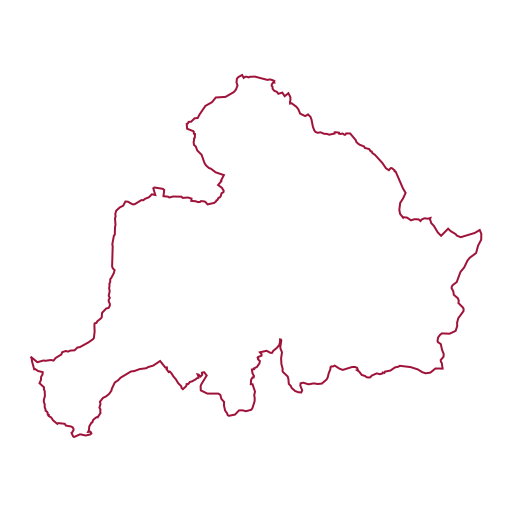 Buciumi, Salaj, Romania (Mercator projection)
{"feature_id": "2599482B81271607530384", "entity_name": "Buciumi", "entity_type": "district", "adm_level": 2, "iso_a3": "ROU", "parent_name": "Romania", "parent_adm1": "Salaj", "projection": "mercator", "projection_center": [23.014, 47.038], "detail": "fine", "context": "isolated", "style": "outline", "palette": "rose", "viewbox_px": 512, "rotation_deg": 0, "n_neighbors": 0, "source": "geoboundaries", "source_scale": "gbopen_adm2", "svg_char_len": 6016}
<svg xmlns="http://www.w3.org/2000/svg" viewBox="0 0 512 512"><path d="M442.6,368.6L441.8,363.1L440.9,361.7L440.7,360.0L443.5,356.8L443.7,354.0L442.0,349.7L440.8,344.1L437.9,342.1L437.5,340.8L438.1,337.5L439.8,335.1L441.9,333.4L449.6,333.7L455.6,330.9L457.2,326.1L457.1,322.6L458.3,318.2L463.5,311.1L463.6,308.9L463.0,307.6L458.4,303.0L458.8,300.9L457.9,298.3L453.8,294.8L453.3,291.3L451.6,288.2L451.7,286.8L452.6,285.2L456.7,282.1L460.5,271.9L464.2,267.4L467.5,260.5L469.8,257.7L476.1,253.0L478.1,245.6L481.2,239.7L481.3,233.9L479.7,230.0L474.9,232.9L460.7,237.2L457.0,235.7L455.5,234.0L450.9,231.3L448.1,228.7L441.1,235.8L437.6,232.2L433.9,225.9L431.3,223.2L430.0,219.3L430.4,218.0L428.0,218.7L424.4,218.3L421.5,219.6L420.5,221.0L418.6,219.4L414.5,219.2L411.0,220.3L407.0,217.6L403.4,217.2L403.1,217.7L400.1,213.9L399.3,209.9L400.2,202.9L403.1,198.4L405.6,192.9L402.9,188.3L395.8,171.9L394.6,171.3L394.7,170.5L393.3,169.3L391.7,168.1L390.7,168.1L388.9,170.2L386.0,168.3L382.3,162.9L374.9,154.8L372.4,153.1L371.7,151.5L370.6,151.3L369.2,149.1L364.8,147.9L364.1,146.5L359.6,144.7L357.9,143.5L356.2,141.7L355.8,140.2L350.2,133.5L346.2,133.4L345.3,134.7L344.5,134.8L342.5,133.5L340.6,134.0L339.0,133.6L339.0,132.7L335.6,132.2L334.7,132.3L334.6,133.5L329.2,134.7L326.9,133.9L324.2,133.8L320.5,132.3L317.8,132.8L315.5,132.0L314.3,130.4L312.9,126.8L311.5,119.6L310.5,116.9L308.0,114.4L305.2,116.1L300.1,113.6L298.3,109.2L296.3,106.7L291.5,103.2L290.1,103.6L289.9,102.2L290.4,100.2L290.4,97.2L288.4,93.2L284.7,96.2L282.3,92.6L278.3,93.8L276.9,91.9L274.0,90.6L272.6,88.7L272.5,86.7L271.6,85.7L271.8,84.5L272.8,82.8L274.2,82.6L273.7,81.9L274.3,81.0L273.2,80.4L270.1,79.4L267.4,79.9L254.8,76.6L249.7,76.8L248.8,77.4L246.5,76.7L245.2,76.8L243.7,77.9L242.1,75.0L238.3,77.1L236.9,78.8L236.5,82.4L237.5,85.5L236.0,89.5L233.8,92.1L225.5,96.9L215.8,97.5L212.0,102.2L205.4,105.9L199.6,114.4L197.7,118.0L194.6,118.3L191.1,121.7L188.6,121.9L187.9,123.4L186.7,123.9L187.1,128.7L193.3,131.2L193.8,131.8L193.9,133.7L195.0,134.0L194.8,137.7L194.0,138.5L194.1,140.3L193.6,142.0L194.0,144.9L195.8,146.5L197.2,150.4L201.6,154.8L204.4,162.8L205.9,165.3L208.9,168.0L210.9,168.7L215.6,172.3L223.9,175.1L221.0,180.6L221.4,181.1L218.1,185.0L221.9,187.8L223.7,190.8L223.4,192.2L221.5,193.3L220.8,196.0L219.7,197.5L218.6,197.8L217.4,200.0L216.4,200.4L216.0,201.5L214.2,202.9L207.6,204.4L205.3,201.8L204.1,201.4L201.0,201.1L200.1,201.9L198.0,202.1L195.5,201.2L191.3,200.9L191.5,198.6L188.0,197.5L182.7,197.9L181.4,196.7L173.1,196.5L169.3,197.5L168.1,196.7L163.5,196.2L164.2,189.9L162.7,188.8L154.4,187.5L153.3,188.3L155.3,195.0L151.9,194.3L149.0,197.2L145.1,198.8L143.3,200.2L141.4,200.1L134.7,204.2L132.7,204.4L127.9,201.7L125.4,201.5L123.2,205.7L119.8,207.4L116.2,210.7L115.3,213.9L115.6,216.4L115.0,218.3L115.5,225.0L115.0,227.1L114.8,234.6L113.9,235.6L112.3,244.4L112.7,246.0L112.1,266.5L112.8,268.3L114.6,270.2L113.8,273.1L111.3,277.9L110.2,279.3L110.2,282.0L109.4,283.6L109.5,286.2L109.1,288.0L109.7,291.3L108.7,295.8L109.8,297.8L108.7,299.9L108.7,301.3L109.9,304.0L109.8,305.7L108.6,307.9L106.2,308.5L102.1,312.8L101.7,317.3L101.1,318.2L97.2,321.4L96.5,322.9L94.7,323.3L94.4,324.5L94.6,331.8L93.9,338.0L93.1,339.1L88.6,342.3L79.9,347.1L77.4,347.5L74.6,350.3L70.3,350.6L68.0,351.6L65.8,351.0L62.2,352.2L61.3,354.5L55.6,358.0L53.5,360.6L51.0,360.0L45.3,360.8L43.5,360.5L37.3,362.2L30.7,356.7L31.6,358.2L32.0,361.3L34.2,369.3L35.3,369.1L38.0,371.0L42.7,372.1L42.6,374.2L41.1,376.9L41.0,379.8L39.5,383.2L44.0,387.3L43.9,389.2L44.7,391.2L44.9,396.2L43.9,399.5L43.8,401.7L44.7,404.3L44.7,407.3L45.5,409.2L45.6,410.8L46.9,411.6L47.6,412.7L47.8,414.7L48.8,414.9L48.7,416.0L51.2,417.5L53.2,420.5L57.4,423.9L58.3,423.1L64.7,423.8L66.0,425.6L71.1,426.5L72.7,427.4L73.5,428.9L73.5,430.0L72.4,432.1L71.5,432.9L73.2,436.5L74.1,437.0L80.1,434.3L85.7,435.5L90.4,434.4L91.4,433.3L90.4,431.7L88.1,431.9L88.9,430.3L89.3,426.3L91.5,422.6L92.3,422.4L93.2,419.9L95.9,417.6L97.1,417.0L97.7,417.3L100.5,413.0L100.2,411.0L100.5,409.5L99.4,407.7L100.4,404.4L100.4,403.3L99.9,401.8L103.0,397.9L106.2,396.3L109.2,393.8L111.4,390.7L111.8,388.8L114.8,382.5L118.2,380.2L120.6,377.7L130.9,371.5L134.5,371.0L139.6,369.1L146.3,368.2L148.0,367.1L153.2,365.6L160.1,361.0L165.2,367.4L166.9,367.4L167.0,368.5L166.5,369.1L168.7,372.1L169.7,371.5L171.2,373.0L173.6,376.7L175.8,379.2L178.2,383.2L181.2,386.2L181.6,388.0L182.9,389.2L185.7,386.6L186.6,385.3L186.6,384.1L188.4,383.9L189.9,381.9L191.8,381.5L195.9,379.2L196.4,378.5L198.5,377.8L198.4,376.3L197.6,374.4L198.7,374.7L200.5,376.6L202.2,374.9L201.9,372.7L204.1,372.2L206.7,375.5L201.3,384.3L200.6,386.2L200.8,390.4L207.4,393.6L218.3,393.6L220.3,394.8L221.4,398.9L224.1,402.0L224.0,405.6L225.1,410.5L227.0,413.2L227.7,415.1L228.9,415.8L235.0,414.6L239.0,410.4L242.4,410.3L245.9,411.2L251.2,409.8L252.4,408.2L254.6,401.3L254.7,397.9L254.2,395.3L255.0,391.6L252.5,384.2L250.8,384.2L251.1,379.8L252.5,377.4L253.6,377.5L254.0,376.1L252.5,373.3L251.9,369.5L254.1,369.1L254.0,368.4L257.0,366.9L259.4,363.4L259.9,361.1L258.1,359.4L258.3,358.8L257.6,357.7L258.1,357.0L261.5,355.7L261.6,354.3L259.9,352.3L266.6,350.8L270.6,352.9L272.1,352.8L273.2,350.9L276.6,348.1L279.2,345.1L280.0,342.1L280.1,339.4L281.1,339.7L281.3,340.5L280.3,347.0L280.5,348.6L282.0,352.3L281.1,358.2L281.4,364.1L282.7,369.0L282.5,370.6L282.8,371.8L287.7,376.5L288.4,379.0L288.8,383.9L290.9,386.1L291.6,387.9L295.1,391.0L298.2,392.2L301.2,392.5L302.2,390.3L300.3,385.6L300.6,383.3L303.2,382.7L308.5,384.3L313.7,383.4L317.7,384.0L321.8,383.6L326.5,379.6L327.6,377.7L328.9,372.7L330.3,369.4L330.5,367.3L331.1,366.5L333.2,366.4L334.7,365.6L339.5,368.7L342.8,369.9L352.1,367.0L355.2,367.0L357.1,367.9L357.9,369.9L357.1,370.2L359.1,371.5L361.8,375.0L364.9,375.9L366.8,377.3L368.8,377.5L370.3,377.3L371.7,375.6L376.7,373.4L379.9,374.2L382.4,373.5L382.7,372.5L384.4,372.9L385.0,371.6L390.3,370.6L395.0,367.4L398.4,366.7L399.8,365.8L410.6,367.1L417.8,369.4L422.3,372.2L425.7,373.3L430.4,372.6L435.4,368.5L442.6,368.6Z" fill="none" stroke="#9f1239" stroke-width="2"/></svg>